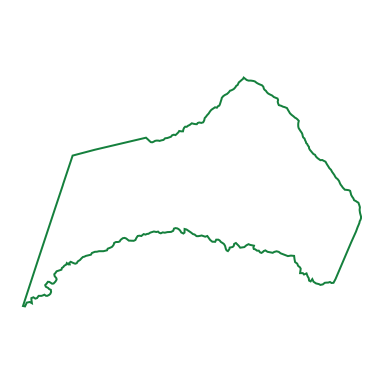 outline of Sebastião Laranjeiras, Bahia, Brazil
{"feature_id": "56859067B69279711991755", "entity_name": "Sebastião Laranjeiras", "entity_type": "district", "adm_level": 2, "iso_a3": "BRA", "parent_name": "Brazil", "parent_adm1": "Bahia", "projection": "orthographic", "projection_center": [-43.114, -14.573], "detail": "fine", "context": "isolated", "style": "outline", "palette": "green", "viewbox_px": 384, "rotation_deg": 0, "n_neighbors": 0, "source": "geoboundaries", "source_scale": "gbopen_adm2", "svg_char_len": 4569}
<svg xmlns="http://www.w3.org/2000/svg" viewBox="0 0 384 384"><path d="M287.0,108.1L284.6,107.1L283.0,106.7L281.2,105.8L278.8,105.1L278.1,103.4L277.7,101.8L278.1,100.0L277.5,98.5L276.2,98.0L273.8,97.0L272.1,95.5L270.2,94.6L268.3,93.6L267.0,92.4L265.9,90.8L264.7,89.9L263.9,88.8L263.3,86.7L262.0,85.3L260.2,84.6L258.6,83.9L256.6,82.8L255.0,81.5L253.5,81.0L250.9,80.6L248.5,80.6L246.7,80.0L245.2,78.8L243.7,77.6L242.9,79.0L241.6,80.0L240.4,81.1L238.8,82.4L237.6,85.0L236.3,85.8L235.3,87.4L233.7,89.1L231.4,90.3L230.0,90.7L228.8,92.3L227.1,93.9L224.7,95.1L223.1,96.3L221.8,97.9L221.5,99.3L221.0,100.8L220.5,102.4L220.0,104.0L219.3,105.6L217.9,106.3L216.9,107.7L215.0,107.3L213.6,108.3L212.2,109.2L210.9,110.3L209.9,111.6L208.6,113.6L207.1,115.2L206.0,116.7L204.7,118.1L204.2,120.4L203.2,122.3L201.4,122.9L199.2,122.5L197.7,123.0L196.8,124.2L195.3,124.1L193.6,123.8L191.8,123.3L189.6,125.0L188.1,125.7L186.7,126.8L185.2,126.7L184.2,127.7L183.4,129.4L183.0,131.3L181.1,131.3L179.2,131.0L178.5,132.2L177.1,133.6L175.5,135.1L173.9,134.7L172.1,135.3L171.0,136.7L169.4,137.3L167.4,138.0L165.1,138.3L163.5,139.9L161.2,140.4L159.6,140.9L158.2,140.6L156.4,140.6L155.0,140.9L153.5,141.8L152.2,142.3L150.8,142.1L149.4,140.9L148.1,139.6L146.0,137.7L95.0,149.7L72.6,155.6L71.2,159.9L66.9,172.8L63.2,183.9L62.8,185.3L55.2,208.1L37.5,261.6L23.0,306.0L25.0,306.4L26.8,302.6L29.8,302.0L31.9,303.2L31.4,299.5L31.4,298.1L33.4,297.3L35.3,298.6L37.0,298.1L38.6,295.9L41.4,295.9L43.1,295.3L44.4,294.7L46.0,295.8L47.4,295.8L49.4,294.7L50.4,293.7L51.1,291.9L50.8,289.8L49.2,289.1L48.2,288.0L45.8,286.7L45.2,285.1L46.6,283.6L47.9,281.8L49.3,281.9L52.1,283.7L53.6,283.5L55.5,281.5L56.6,279.6L56.4,278.3L54.6,276.0L54.3,274.2L55.6,272.8L56.6,271.3L61.4,269.7L61.9,268.0L63.3,267.0L64.3,265.7L66.2,264.6L66.8,263.1L68.3,264.4L69.7,264.4L69.3,262.9L70.7,261.8L73.5,263.1L75.2,263.7L76.7,263.2L77.8,261.4L80.1,259.9L81.3,258.5L82.9,257.0L84.3,256.7L85.9,255.9L90.9,254.7L91.9,253.0L94.9,251.8L97.0,251.7L99.0,251.2L103.4,251.2L107.0,250.3L107.7,248.7L110.5,247.6L112.2,246.7L113.7,244.7L114.2,242.9L116.0,242.0L118.1,242.0L119.6,241.5L120.7,239.8L122.8,238.2L124.6,237.9L126.2,238.5L128.8,240.6L133.7,240.8L135.4,240.0L136.4,237.9L137.7,236.0L139.4,235.7L141.4,236.0L142.5,235.0L143.7,234.1L145.5,234.6L147.1,233.9L148.5,233.8L150.3,232.6L153.9,231.5L156.3,232.0L158.1,231.6L159.3,232.8L160.8,233.3L162.7,232.4L164.8,232.7L167.4,232.1L171.1,231.9L173.2,230.8L174.0,228.6L175.5,228.1L177.3,228.4L178.6,229.1L180.0,230.4L181.3,232.5L183.4,233.5L184.5,232.6L184.6,229.0L186.5,229.5L190.7,232.3L193.0,234.1L194.6,234.5L196.5,236.1L198.0,236.2L200.3,235.8L201.7,235.5L205.2,236.7L207.3,236.0L210.1,239.9L212.3,241.7L215.2,241.8L216.2,239.7L218.4,239.7L219.7,240.5L220.8,241.9L223.0,243.3L224.1,244.2L225.1,246.0L225.8,248.8L226.6,250.4L227.9,251.1L229.3,249.3L229.7,247.6L232.6,247.0L233.8,245.8L234.2,243.9L235.9,243.0L238.7,245.8L240.2,247.7L244.3,247.1L246.4,245.3L248.5,244.2L250.2,244.9L254.0,245.7L253.4,247.7L253.8,249.0L255.2,249.3L257.1,250.7L258.8,250.7L260.0,252.3L261.4,252.9L262.6,252.2L263.8,251.0L265.4,250.4L267.5,251.8L272.7,252.8L274.3,251.9L276.6,251.3L278.8,251.9L280.6,253.3L287.9,256.1L290.9,255.6L294.1,255.9L294.5,259.1L295.1,262.1L297.2,263.6L298.1,265.8L300.0,267.4L300.7,268.7L300.4,270.9L300.1,273.1L302.8,273.1L304.0,274.5L306.5,273.4L307.7,276.5L308.7,278.1L309.1,280.6L310.6,281.4L312.3,279.1L313.5,281.7L316.0,283.4L318.9,284.1L320.4,284.9L322.8,284.4L324.8,282.8L326.6,282.6L328.1,282.6L330.0,282.0L331.5,283.0L333.5,282.8L335.5,279.1L351.1,242.5L356.0,231.6L357.6,227.2L358.6,224.9L359.4,222.9L359.7,221.3L360.5,219.8L361.0,218.2L361.0,216.5L360.5,214.7L360.0,212.8L359.6,209.9L359.9,207.2L359.2,204.9L358.4,202.7L357.0,201.9L355.9,201.1L354.1,200.2L353.4,198.4L352.3,196.9L351.2,195.0L350.6,192.6L350.1,190.8L348.8,190.2L346.8,189.9L344.8,189.7L343.9,188.7L342.8,187.6L341.8,186.1L340.6,184.6L339.7,182.7L339.1,181.1L337.6,179.1L336.1,177.9L335.2,176.7L334.4,175.1L333.2,173.4L332.1,171.9L331.0,169.8L329.3,168.1L328.5,166.7L327.7,165.5L326.7,163.9L325.5,161.7L323.7,160.8L322.2,160.0L320.4,160.2L319.0,159.2L317.5,158.1L316.0,156.6L315.0,154.8L313.4,154.0L312.2,152.6L310.8,150.9L309.8,149.7L309.1,148.3L308.9,146.8L307.8,145.4L307.2,144.0L306.2,143.1L305.8,141.6L305.1,140.3L304.5,138.5L303.2,137.4L302.7,135.9L302.4,134.3L301.8,132.9L300.6,131.2L298.7,128.2L298.3,126.7L298.2,124.9L298.3,123.0L298.8,120.9L297.5,119.4L296.2,118.3L295.0,117.7L293.7,116.5L291.4,114.7L289.9,113.2L289.0,111.6L287.9,109.8L287.0,108.1Z" fill="none" stroke="#15803d" stroke-width="2"/></svg>